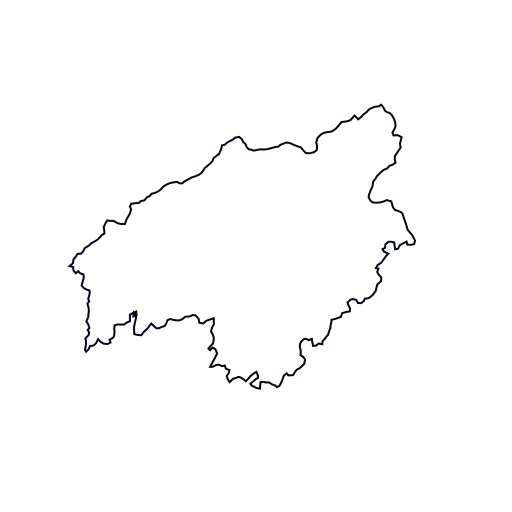 Teixeira Soares, Paraná, Brazil (Robinson projection), rotated 233°
{"feature_id": "56859067B67237420188697", "entity_name": "Teixeira Soares", "entity_type": "district", "adm_level": 2, "iso_a3": "BRA", "parent_name": "Brazil", "parent_adm1": "Paraná", "projection": "robinson", "projection_center": [-50.417, -25.31], "detail": "fine", "context": "isolated", "style": "outline", "palette": "ink", "viewbox_px": 512, "rotation_deg": 233, "n_neighbors": 0, "source": "geoboundaries", "source_scale": "gbopen_adm2", "svg_char_len": 5038}
<svg xmlns="http://www.w3.org/2000/svg" viewBox="0 0 512 512"><g transform="rotate(233 256 256)"><path d="M301.5,447.0L301.6,444.2L303.6,440.9L304.7,436.8L305.0,434.0L304.4,431.0L304.4,427.5L303.7,423.1L303.6,419.9L306.2,419.6L308.8,419.3L308.3,416.2L307.7,413.7L308.6,410.1L311.5,404.9L309.7,396.8L309.6,392.8L310.3,390.4L312.0,387.6L313.5,384.4L314.0,380.8L313.2,376.1L310.4,372.4L307.4,371.1L304.0,368.4L304.0,364.8L305.6,361.0L308.1,357.8L312.6,357.3L315.6,357.2L318.0,355.6L322.1,353.0L325.3,351.4L328.0,349.1L329.3,345.7L330.1,342.2L329.9,339.5L331.3,337.3L332.6,334.1L334.2,330.0L336.4,326.1L338.3,324.2L339.9,321.0L341.5,317.6L343.9,316.1L345.6,314.4L348.4,314.1L351.6,315.0L354.6,314.4L358.0,315.0L361.3,314.2L363.0,310.7L363.0,308.0L363.3,305.1L364.0,301.0L363.6,298.0L364.8,295.6L362.7,292.9L361.2,290.7L359.7,287.9L359.8,284.2L359.7,281.0L358.1,278.5L357.5,276.0L357.3,272.8L357.0,267.9L355.9,265.0L355.2,262.5L355.2,259.3L356.4,254.8L357.5,251.7L357.9,248.4L358.6,244.1L358.4,240.9L360.0,238.7L362.6,237.7L364.9,233.6L366.1,230.9L366.9,227.3L367.2,223.4L366.5,220.5L366.5,216.9L367.2,213.3L368.6,210.0L367.8,207.0L368.6,204.4L367.6,200.4L369.2,197.1L368.9,194.5L370.9,191.2L372.8,187.9L371.3,184.9L368.5,184.4L365.7,180.7L364.4,177.5L363.2,174.7L361.9,172.7L360.4,170.5L363.1,167.1L365.5,165.2L369.9,163.3L371.8,160.7L373.9,158.6L372.6,155.3L370.7,151.7L367.5,150.0L365.2,148.5L365.5,145.5L364.9,142.6L364.4,139.4L364.7,136.4L365.2,132.2L364.9,128.7L365.4,124.0L363.9,121.1L363.1,117.8L365.1,114.8L364.0,111.8L363.0,108.0L360.4,105.6L360.1,101.0L357.3,103.4L354.3,101.5L350.6,101.8L350.9,104.9L348.0,105.2L345.1,107.1L342.4,105.5L339.1,101.2L337.2,98.9L334.3,99.1L331.1,100.5L328.7,102.3L326.5,101.0L324.2,98.2L322.9,96.3L320.1,95.4L319.6,92.8L316.9,91.7L314.6,90.7L312.4,89.2L310.5,87.2L308.4,85.6L305.9,81.2L302.6,80.9L298.9,79.7L298.1,77.0L295.6,76.9L293.6,74.8L292.8,70.1L290.8,69.3L287.8,67.1L284.1,63.0L281.8,62.7L282.2,65.9L283.9,69.2L282.2,72.6L282.7,75.9L284.6,79.9L281.2,80.1L277.5,81.7L275.1,84.4L274.5,87.8L277.3,88.7L276.8,91.2L277.1,94.1L279.2,96.1L281.4,98.0L283.5,99.1L285.7,101.5L284.6,104.3L282.3,107.1L280.7,109.4L280.6,112.9L279.8,116.1L282.2,117.8L285.0,120.1L284.4,124.4L283.8,127.0L280.9,125.0L277.8,121.8L275.2,118.6L272.3,115.5L266.9,111.8L264.0,114.1L261.8,116.6L262.8,120.4L263.5,126.2L264.4,129.1L265.0,131.8L261.9,132.2L258.3,133.0L256.8,134.7L256.2,137.6L255.0,140.9L256.4,144.2L258.0,146.7L257.4,149.4L255.5,150.9L252.8,153.4L250.7,156.0L249.9,159.2L250.1,162.9L247.7,166.6L246.9,169.9L244.8,172.1L240.2,172.3L236.8,170.5L233.7,173.5L234.3,176.9L232.9,181.4L231.7,184.8L229.0,182.8L226.9,181.3L225.3,177.9L222.9,174.7L219.1,174.2L216.3,173.2L214.1,171.4L212.0,168.9L211.4,165.4L210.7,162.3L208.4,162.6L209.0,166.3L206.1,167.4L203.7,167.0L201.3,165.9L199.1,161.4L195.1,152.7L193.5,154.8L193.1,157.9L191.9,160.6L188.3,162.8L187.3,165.2L184.0,164.1L180.9,166.2L179.1,164.1L177.8,160.5L174.9,159.3L171.1,159.1L171.8,163.6L170.6,166.9L170.0,169.3L167.8,170.9L164.9,171.9L162.1,172.5L162.7,176.2L163.5,179.6L163.5,183.3L163.3,186.5L159.3,185.6L157.5,184.2L157.8,181.6L157.5,178.5L157.4,174.6L155.1,174.5L153.0,175.7L150.4,176.9L147.7,179.4L149.8,181.1L152.5,183.7L151.1,186.1L148.9,187.9L147.4,190.2L143.9,191.5L141.1,193.4L138.8,193.8L138.1,196.4L139.5,199.6L141.8,203.4L143.7,206.3L143.9,209.9L141.2,210.0L138.5,213.9L139.8,216.9L140.7,220.2L140.1,223.0L140.4,226.3L140.9,229.8L144.0,233.0L147.2,232.9L150.0,231.9L151.9,233.5L153.7,234.9L156.9,236.2L159.4,238.3L160.5,240.9L160.9,244.1L159.6,246.3L157.1,247.4L156.2,250.7L153.7,249.3L149.7,247.5L148.3,250.1L148.4,253.3L145.6,255.9L147.7,257.6L148.6,261.4L149.8,266.3L151.6,268.7L153.7,272.0L155.7,273.8L157.8,276.4L159.6,277.8L158.1,281.5L156.3,287.1L158.5,290.4L157.0,294.4L155.3,297.6L157.5,299.6L160.6,300.1L163.7,301.0L164.3,305.0L163.2,307.6L160.6,309.6L157.1,309.1L155.1,311.6L155.1,314.9L156.4,317.3L154.8,320.0L154.4,322.7L154.8,326.5L156.2,330.8L158.5,333.5L160.3,335.9L160.7,340.7L163.3,343.1L167.2,342.8L170.3,343.2L172.2,346.1L174.2,344.5L175.5,347.7L175.3,351.8L176.3,355.5L177.8,360.2L178.2,363.1L182.6,360.8L185.3,361.2L184.8,363.9L187.4,366.4L187.7,370.1L186.3,372.3L183.6,374.5L180.4,372.7L177.6,371.2L176.3,373.7L178.1,377.4L177.5,381.3L176.9,384.9L174.2,383.7L171.7,386.3L170.3,389.5L172.7,392.3L176.2,392.9L178.7,393.4L182.7,393.0L185.7,392.9L188.6,394.0L191.7,395.2L197.2,396.9L201.9,398.5L204.2,398.0L209.2,394.7L212.6,394.7L218.2,396.9L222.0,394.0L222.6,391.1L224.1,387.4L226.1,384.2L228.7,381.3L231.7,380.7L235.3,381.4L236.9,383.1L238.2,385.2L239.9,387.7L241.1,390.4L242.7,392.2L244.9,394.4L245.5,396.9L247.1,400.9L247.6,404.9L248.0,409.5L247.0,413.5L247.7,416.7L246.8,419.7L246.5,423.5L249.8,425.1L252.2,427.0L253.3,430.2L255.6,436.8L259.1,438.6L263.3,443.8L267.2,441.9L269.5,438.4L272.4,439.2L273.9,442.4L275.5,445.4L278.9,447.6L282.9,448.8L286.7,449.3L289.8,448.8L291.8,447.3L294.3,446.5L298.2,447.1L301.5,447.0ZM284.4,124.4L281.5,121.8L280.9,125.0L284.4,124.4Z" fill="none" stroke="#020617" stroke-width="2"/></g></svg>